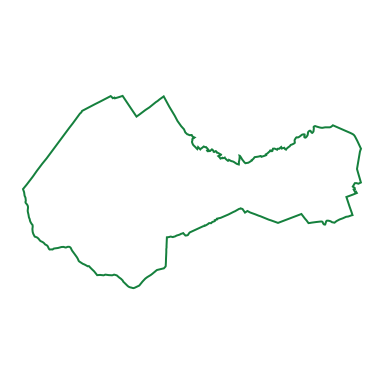 outline of Horodnic De Sus, Suceava, Romania
{"feature_id": "2599482B42515196474333", "entity_name": "Horodnic De Sus", "entity_type": "district", "adm_level": 2, "iso_a3": "ROU", "parent_name": "Romania", "parent_adm1": "Suceava", "projection": "albers", "projection_center": [25.808, 47.836], "detail": "fine", "context": "isolated", "style": "outline", "palette": "green", "viewbox_px": 384, "rotation_deg": 0, "n_neighbors": 0, "source": "geoboundaries", "source_scale": "gbopen_adm2", "svg_char_len": 5974}
<svg xmlns="http://www.w3.org/2000/svg" viewBox="0 0 384 384"><path d="M352.5,215.1L351.6,212.3L349.6,206.7L346.4,197.0L352.9,194.6L356.8,193.0L355.9,191.5L355.0,191.9L353.7,189.5L354.9,189.1L354.7,188.5L354.6,187.8L353.3,187.0L352.8,186.6L354.8,183.2L356.3,183.1L357.1,183.3L358.4,183.7L360.9,182.5L358.1,172.9L357.0,169.0L360.0,151.3L360.3,150.7L360.6,149.5L361.0,148.8L357.4,141.1L355.8,138.0L354.7,136.0L353.8,134.9L352.7,134.1L350.5,133.0L345.9,131.0L332.9,125.3L332.4,125.8L330.6,127.1L329.7,127.3L328.7,127.3L325.7,127.3L324.7,127.4L322.6,127.8L321.8,127.8L320.9,127.7L319.8,127.5L316.0,126.4L315.3,126.1L314.6,126.2L313.9,126.6L313.6,127.1L313.8,127.9L313.8,129.1L313.6,130.1L313.6,130.7L313.4,131.6L312.7,132.5L312.2,132.9L311.6,132.6L311.1,131.9L310.7,131.1L310.1,130.7L309.5,130.8L308.5,131.6L308.1,132.3L307.9,133.0L307.9,133.8L307.6,134.9L307.5,135.4L306.4,136.9L305.6,137.6L305.0,137.6L304.4,137.2L304.3,136.5L304.4,135.8L304.7,135.1L304.6,134.5L304.0,134.3L302.7,134.5L302.0,134.7L299.3,136.8L297.9,137.5L297.2,137.3L296.5,137.3L295.9,137.9L294.9,139.5L294.6,140.2L294.6,141.0L294.8,142.2L294.8,142.8L294.3,143.3L293.3,143.9L292.0,144.5L290.8,144.9L290.2,145.6L289.5,146.5L288.7,146.9L288.1,147.4L286.2,149.1L286.0,149.6L285.5,149.4L285.1,149.1L284.8,148.7L284.3,147.8L281.7,148.5L281.6,147.7L281.2,147.0L279.3,148.6L279.1,148.8L278.8,148.8L277.9,148.7L277.6,148.8L277.1,149.7L274.6,148.6L274.1,148.6L273.0,148.7L272.4,150.9L272.1,151.1L271.7,151.1L271.8,150.4L270.1,150.5L269.6,151.5L268.8,152.1L267.2,153.6L265.8,154.4L266.1,155.2L264.5,155.8L261.7,156.7L261.4,156.8L261.3,156.7L261.0,156.2L260.8,156.0L260.4,156.0L259.3,156.4L257.2,156.8L255.7,157.0L254.6,157.2L253.5,158.7L253.2,159.0L251.7,160.1L251.9,160.5L248.4,162.7L247.8,162.8L245.4,163.2L244.4,162.3L243.0,160.5L242.2,159.5L241.1,157.6L240.5,156.7L239.8,155.8L239.5,155.7L239.6,156.1L239.7,156.5L239.6,157.6L239.3,160.4L239.0,161.3L238.9,161.7L238.9,162.4L238.9,163.9L238.8,164.5L236.9,163.9L235.9,163.3L233.8,161.9L232.7,161.4L231.3,161.1L229.0,159.9L228.9,160.2L228.6,160.5L228.2,160.8L227.9,160.8L226.0,159.2L224.8,157.9L224.7,157.6L224.1,157.9L223.4,158.1L222.7,158.2L222.4,157.8L220.5,158.6L219.5,157.2L218.3,156.1L218.8,155.8L219.8,155.5L220.8,155.0L221.0,154.6L219.7,153.9L218.7,153.3L217.5,152.7L217.3,152.5L216.9,152.6L216.0,151.2L215.7,151.1L214.1,152.0L213.7,151.8L213.7,151.4L213.3,150.8L212.9,150.4L212.6,149.8L212.1,149.6L211.9,149.4L210.1,151.0L209.2,151.1L207.6,151.2L207.1,150.5L208.3,149.7L207.2,148.3L206.0,147.1L205.6,147.3L203.7,146.5L202.2,147.8L201.0,148.6L200.7,148.9L200.3,149.4L198.1,147.1L198.0,147.4L197.5,148.7L197.3,149.1L196.5,148.3L195.4,147.1L193.6,145.4L192.9,144.5L192.4,143.2L192.1,142.5L192.0,141.6L192.4,140.4L192.3,139.3L192.6,138.6L193.4,138.4L194.0,138.0L194.2,137.7L194.5,137.5L193.4,137.0L192.5,136.4L192.0,135.7L191.8,135.1L191.4,135.0L189.8,135.2L188.9,134.9L188.2,134.5L187.3,134.3L185.3,132.4L184.0,129.3L181.2,126.2L177.5,121.0L174.7,115.7L169.3,106.7L163.7,96.4L159.4,99.5L157.6,101.0L155.9,102.1L149.5,107.3L145.4,110.0L139.6,114.4L136.5,116.6L129.9,106.8L122.6,95.9L118.7,97.2L114.9,98.3L114.5,97.6L112.8,98.2L112.0,97.3L110.7,96.1L99.9,101.7L94.9,104.2L82.1,110.9L81.6,111.9L80.7,113.0L80.0,113.5L72.9,123.2L69.4,127.7L46.6,158.4L42.2,163.8L36.9,170.8L32.9,176.5L26.7,184.6L23.0,189.1L24.1,192.2L24.6,195.8L25.0,196.6L25.3,197.3L25.5,197.9L25.8,200.6L25.8,201.0L25.5,201.7L25.5,202.4L25.7,202.9L27.1,204.6L27.6,205.5L27.9,206.3L28.0,207.7L27.7,210.6L27.8,211.7L28.1,213.0L28.5,214.7L28.9,217.2L29.2,218.0L29.7,219.1L30.0,220.8L30.7,222.4L31.7,224.0L32.5,224.9L32.7,226.1L32.6,227.6L32.4,229.0L32.5,230.1L32.7,232.0L33.3,233.9L34.7,236.6L35.7,236.9L37.3,237.6L38.5,238.7L40.0,240.6L40.6,241.1L42.5,242.0L43.4,242.6L43.8,242.9L45.1,244.4L46.8,245.3L47.7,246.2L48.3,247.5L48.9,248.8L49.6,249.5L51.3,249.4L52.5,249.5L52.9,249.3L53.5,248.7L53.9,248.6L54.8,248.4L57.9,248.0L60.8,247.2L61.6,247.0L63.6,246.9L65.1,247.4L65.9,247.5L66.3,247.4L66.9,247.1L67.8,246.8L69.1,246.8L69.7,247.0L70.6,247.7L72.0,250.5L75.8,255.7L77.0,257.4L77.9,259.0L78.7,260.9L79.3,261.5L82.8,263.8L84.5,264.5L87.8,266.3L88.4,266.2L88.8,266.1L89.3,266.4L89.9,267.2L91.8,269.1L94.1,271.3L96.8,274.7L97.1,275.1L97.9,275.1L100.2,274.9L100.7,275.0L101.8,275.1L103.5,275.3L104.2,275.1L105.1,274.7L105.9,274.7L108.7,275.1L112.0,275.3L112.6,275.2L113.9,274.7L114.4,274.7L116.1,275.2L116.8,275.4L119.3,277.6L121.0,278.8L121.9,279.7L122.6,280.4L123.0,281.1L123.2,281.6L127.6,285.9L128.6,286.7L129.5,287.1L130.3,287.4L131.4,287.6L132.6,288.0L133.4,288.1L133.6,288.1L134.8,287.7L137.5,286.4L138.8,285.8L139.3,285.5L142.3,281.8L143.3,280.7L145.3,278.6L147.3,277.1L150.6,275.1L152.1,274.0L156.3,270.5L157.0,270.0L163.1,268.5L163.8,268.4L165.4,266.7L165.7,266.1L165.9,262.3L166.0,259.0L166.3,252.2L166.3,249.1L166.6,246.9L166.5,246.6L166.9,237.3L168.8,237.1L170.5,236.6L170.9,236.6L172.4,237.0L172.9,237.1L173.5,236.8L174.5,236.6L175.3,236.3L176.5,235.6L178.8,234.9L179.7,234.6L181.1,233.8L182.0,233.6L183.2,233.1L184.5,234.6L185.4,235.5L185.8,235.5L186.9,235.4L187.9,235.0L189.0,233.3L189.8,232.4L203.0,226.3L204.6,225.9L204.7,225.4L205.5,225.4L205.9,225.3L207.9,224.1L208.5,223.6L208.7,223.3L209.6,223.1L211.1,223.2L212.4,221.9L213.3,221.7L214.7,221.1L215.0,220.8L215.1,220.3L215.0,220.1L217.1,219.4L217.0,218.7L219.0,218.2L220.5,217.9L226.3,215.4L228.4,214.5L233.5,211.9L234.9,211.3L238.9,209.0L239.3,208.8L240.5,208.7L240.7,208.4L242.5,209.0L245.0,212.6L247.4,211.0L248.2,211.4L249.4,212.1L250.2,212.5L255.2,214.3L258.7,215.7L260.3,216.2L268.6,219.6L270.1,220.1L270.8,220.3L278.0,222.9L301.4,214.0L305.0,218.7L306.5,220.4L308.5,223.1L310.2,222.9L311.9,222.6L316.4,222.0L320.9,221.5L321.8,221.5L322.5,221.9L323.2,223.5L323.8,224.3L324.7,224.6L325.2,224.5L325.8,222.5L326.2,221.3L326.9,220.7L328.4,220.7L329.8,221.0L331.0,221.5L332.0,222.2L334.5,222.7L336.5,221.1L339.5,219.5L342.8,218.3L346.1,216.8L348.3,216.5L351.3,215.4L352.5,215.1Z" fill="none" stroke="#15803d" stroke-width="2"/></svg>